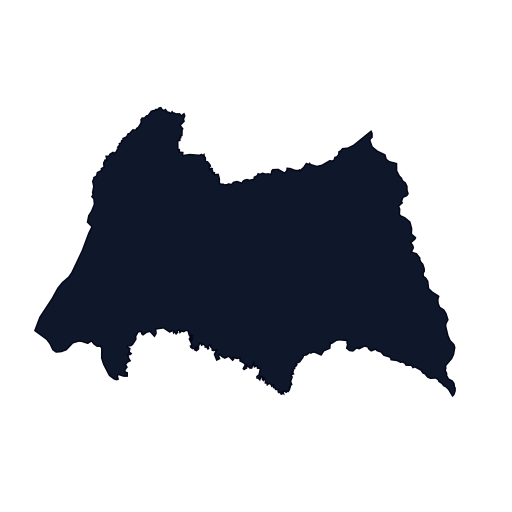 outline of Yan Ta Khao, Trang, Thailand, rotated 6°
{"feature_id": "78962969B81181946303710", "entity_name": "Yan Ta Khao", "entity_type": "district", "adm_level": 2, "iso_a3": "THA", "parent_name": "Thailand", "parent_adm1": "Trang", "projection": "robinson", "projection_center": [99.737, 7.427], "detail": "fine", "context": "isolated", "style": "filled", "palette": "ink", "viewbox_px": 512, "rotation_deg": 6, "n_neighbors": 0, "source": "geoboundaries", "source_scale": "gbopen_adm2", "svg_char_len": 6126}
<svg xmlns="http://www.w3.org/2000/svg" viewBox="0 0 512 512"><g transform="rotate(6 256 256)"><path d="M43.9,353.3L56.6,360.7L60.4,364.8L63.9,370.5L67.3,372.4L72.3,371.4L77.0,369.1L82.9,361.5L88.4,359.2L91.2,359.0L97.8,360.4L100.7,358.0L101.8,358.0L103.9,360.3L107.4,362.3L110.9,362.0L112.3,364.1L113.2,373.7L115.9,379.7L122.7,390.0L127.6,393.0L130.4,393.6L131.8,392.8L130.6,389.9L131.3,388.1L137.0,389.3L140.5,388.9L140.1,385.5L138.3,385.3L137.6,384.2L137.6,382.7L139.3,380.0L137.5,377.8L139.0,375.1L141.8,373.3L140.2,371.3L138.7,367.4L141.1,367.2L142.1,366.1L139.8,364.7L140.2,361.2L137.8,360.2L137.6,358.9L141.0,358.2L142.5,356.7L145.2,351.4L144.7,348.3L146.8,343.5L149.9,343.2L150.6,345.4L151.9,346.2L155.2,343.2L158.5,342.0L163.4,346.4L164.7,343.5L163.8,339.1L171.6,337.1L178.1,340.6L181.1,338.7L182.2,341.1L183.1,339.7L184.7,341.8L186.0,340.1L185.0,339.0L187.4,337.4L188.3,340.0L189.9,338.3L192.0,338.8L194.0,337.3L196.2,337.4L198.2,342.3L198.8,342.5L199.4,341.0L201.0,341.7L199.4,343.1L198.4,345.5L199.6,347.5L200.0,346.0L199.4,345.0L201.2,343.7L201.6,344.1L200.4,348.2L201.5,351.7L201.3,352.5L200.3,352.4L200.6,353.5L202.6,354.7L205.5,354.0L204.8,355.7L206.7,356.4L208.5,354.5L208.4,353.0L206.6,352.6L208.3,351.7L209.0,348.5L209.9,348.4L211.2,350.4L212.8,349.1L215.0,350.5L215.0,351.9L216.6,351.7L217.9,353.5L218.6,352.9L217.7,350.6L219.6,348.9L220.0,350.8L221.9,352.0L222.3,354.2L223.4,354.5L226.8,353.5L224.9,358.0L227.8,363.6L230.5,361.9L229.1,359.3L230.5,357.6L232.3,359.4L235.6,360.8L239.4,358.5L243.7,362.1L244.5,361.0L244.1,359.3L248.0,359.9L250.7,359.0L251.1,362.0L254.9,363.5L256.8,365.2L255.1,369.3L256.0,370.1L258.4,368.3L258.3,365.3L261.7,368.1L263.4,367.9L264.8,362.5L266.0,366.4L268.6,364.8L269.2,367.4L271.7,367.3L272.1,368.0L271.5,373.8L269.5,375.8L269.7,377.2L271.2,377.3L272.7,378.7L273.5,375.2L274.7,375.3L275.3,378.0L276.2,378.8L276.7,376.6L278.6,379.4L278.5,381.2L280.3,381.4L280.7,382.9L282.4,381.2L284.5,382.2L285.3,383.9L287.0,382.6L287.2,385.0L288.6,385.0L289.4,386.6L292.0,386.6L292.3,388.8L293.0,389.4L294.5,389.0L295.8,391.3L295.6,389.8L296.8,390.1L296.6,388.7L297.6,389.5L297.2,388.4L297.9,387.3L300.3,388.3L301.1,387.3L302.2,387.4L303.2,385.4L303.4,383.9L302.8,383.1L303.7,382.8L304.0,380.7L304.9,380.0L303.5,377.1L304.6,372.5L303.7,371.6L303.7,370.1L305.6,369.3L304.4,367.4L305.2,366.3L304.5,364.7L306.2,363.9L306.0,361.7L307.1,361.4L308.0,359.8L307.0,358.6L310.4,356.8L313.3,351.8L313.5,349.9L316.7,349.0L319.5,346.2L320.8,346.8L322.5,345.6L324.9,345.6L331.1,347.6L333.3,343.2L339.0,340.0L339.0,334.9L340.3,335.0L344.9,331.3L348.1,330.6L355.5,330.5L355.6,332.8L356.4,334.4L355.8,338.2L358.9,340.2L362.3,340.3L365.5,336.9L368.3,337.4L373.3,334.2L376.8,334.7L377.9,336.6L380.5,338.3L384.7,336.1L386.4,337.5L390.5,338.4L393.5,341.3L399.4,342.4L400.7,343.4L401.2,345.0L407.2,345.2L411.0,346.6L412.5,346.0L415.2,347.0L416.7,348.9L422.0,348.4L423.8,350.6L425.5,349.6L432.1,352.3L434.3,354.9L436.2,355.3L439.3,358.4L442.2,359.4L447.5,358.5L450.3,360.0L451.0,361.6L454.2,363.2L456.2,365.3L458.8,366.3L461.6,368.6L466.1,374.6L467.3,373.0L468.1,369.3L467.8,366.4L467.0,365.5L466.2,362.1L464.2,359.8L460.2,358.2L457.9,354.8L457.9,353.0L456.1,349.9L456.5,347.7L455.9,345.3L461.2,337.6L462.7,333.3L463.2,326.2L462.0,323.4L457.8,319.9L455.1,315.1L451.8,305.6L452.0,303.0L453.5,299.4L451.0,293.5L448.4,290.1L443.9,287.8L442.0,284.1L441.3,280.1L441.9,277.0L435.0,273.5L431.0,270.4L429.4,263.2L427.0,260.2L424.6,258.8L423.9,255.6L424.9,253.7L424.6,251.1L422.7,246.8L420.3,244.6L419.0,242.0L419.2,241.1L415.3,237.0L410.0,235.9L411.6,231.4L410.7,229.1L408.4,226.7L412.2,222.6L412.7,221.1L408.2,218.0L407.9,212.5L405.5,206.2L399.9,202.4L395.4,200.9L394.2,199.4L394.0,194.4L392.5,191.5L395.9,187.8L394.9,186.7L395.9,182.3L399.6,180.2L400.7,178.2L399.3,174.9L398.8,170.9L396.8,167.7L393.8,165.9L392.4,163.3L390.2,161.6L386.9,156.6L386.1,149.4L378.6,148.3L375.4,146.3L373.6,141.9L365.7,139.1L360.1,135.4L357.1,129.2L357.4,127.5L359.0,125.8L358.6,122.0L357.4,119.9L341.6,135.7L336.0,139.2L330.9,140.2L329.2,142.7L327.6,143.7L327.7,146.5L326.1,148.9L324.1,149.8L323.7,152.6L321.6,153.7L319.5,153.5L312.1,158.9L307.1,160.6L300.4,159.3L299.7,158.3L298.8,159.4L296.4,158.8L294.3,162.8L290.7,166.8L290.2,165.9L289.3,166.6L285.8,166.8L281.0,165.5L277.8,165.5L277.8,167.9L275.8,170.6L269.0,167.6L263.7,168.4L262.9,169.6L262.5,173.4L259.7,173.0L256.8,173.6L253.9,173.0L251.5,174.4L249.5,174.0L248.8,176.1L246.0,177.9L246.2,179.9L241.5,181.4L239.2,180.9L236.9,181.7L235.3,183.0L234.5,185.1L229.3,183.9L225.9,185.1L224.2,187.6L221.1,187.2L220.0,188.1L216.5,188.7L216.1,188.1L212.9,188.3L211.8,186.7L211.5,183.1L209.8,178.8L205.9,179.5L205.9,177.6L203.7,177.6L204.1,176.2L203.1,174.8L203.4,173.8L202.4,173.5L201.2,174.6L201.4,173.8L200.3,173.4L200.0,171.9L201.2,171.5L200.9,170.5L198.0,167.4L195.8,167.3L195.3,163.4L194.4,163.0L193.6,160.6L192.9,161.7L191.1,160.7L189.2,161.8L179.6,162.0L173.0,163.7L172.4,163.3L172.4,160.7L169.0,160.8L168.6,158.2L167.1,158.1L166.1,149.5L168.2,149.0L167.7,146.4L168.7,146.3L168.8,144.1L169.7,143.8L169.3,138.5L169.8,137.1L166.8,134.0L170.4,129.5L169.5,127.4L170.5,124.1L169.5,122.1L166.9,124.5L165.2,122.6L161.3,123.1L159.5,122.3L158.7,122.7L157.5,121.3L156.1,123.4L154.8,122.3L152.8,122.1L150.6,119.8L149.7,120.7L147.9,120.8L145.8,118.4L144.1,119.0L142.5,121.2L141.2,120.6L139.4,122.6L138.7,122.1L136.7,123.1L134.0,127.8L132.6,128.0L130.6,130.5L128.4,130.7L127.4,132.5L127.9,135.0L127.1,137.3L125.4,140.6L124.0,141.6L124.4,142.2L122.7,143.5L120.4,143.4L117.4,147.6L116.1,147.8L114.9,151.0L111.4,153.1L111.8,154.7L110.3,155.4L110.2,157.7L108.4,158.5L108.9,159.6L107.1,162.3L108.1,163.0L107.7,164.2L107.0,164.3L106.1,167.5L105.2,167.6L104.4,168.9L102.9,167.9L100.2,170.0L99.1,172.3L96.5,172.5L97.7,176.2L95.9,176.3L94.8,179.4L95.6,183.6L93.1,185.2L93.4,187.2L89.5,189.6L89.1,193.1L86.5,195.0L86.7,195.9L85.8,198.8L87.4,203.7L86.9,210.1L87.6,212.0L86.6,214.1L88.8,216.0L89.9,221.5L87.8,228.8L85.5,233.3L84.9,239.9L89.9,244.0L87.3,251.0L82.7,268.9L74.6,291.9L72.0,296.6L66.2,302.8L62.4,308.6L57.8,319.6L47.5,339.5L43.9,353.3Z" fill="#0f172a" stroke="#020617" stroke-width="1.5"/></g></svg>